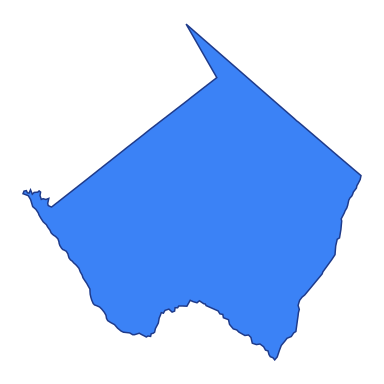 Aldeias Altas, Maranhão, Brazil
{"feature_id": "56859067B78587835944607", "entity_name": "Aldeias Altas", "entity_type": "district", "adm_level": 2, "iso_a3": "BRA", "parent_name": "Brazil", "parent_adm1": "Maranhão", "projection": "equal_earth", "projection_center": [-43.461, -4.47], "detail": "fine", "context": "isolated", "style": "filled", "palette": "blue", "viewbox_px": 384, "rotation_deg": 0, "n_neighbors": 0, "source": "geoboundaries", "source_scale": "gbopen_adm2", "svg_char_len": 2407}
<svg xmlns="http://www.w3.org/2000/svg" viewBox="0 0 384 384"><path d="M186.1,24.1L216.8,77.6L191.8,97.0L187.2,100.7L150.1,129.3L142.0,135.8L127.0,147.5L121.0,152.3L98.6,170.0L86.4,179.7L51.6,207.0L49.9,206.4L48.2,205.5L47.7,203.4L48.8,198.4L45.9,199.5L43.1,198.7L41.3,199.4L40.0,195.5L40.6,192.1L39.1,190.9L37.7,192.2L34.2,192.4L32.3,194.2L30.5,189.8L29.0,193.1L27.4,192.8L26.4,190.6L24.0,191.1L23.0,193.7L25.7,194.7L28.3,195.7L30.6,199.6L32.7,206.6L35.9,209.4L38.2,212.8L39.1,215.2L41.2,218.8L43.2,221.8L44.8,223.3L46.4,224.7L47.6,226.9L48.6,228.3L50.0,230.2L51.1,232.8L52.6,234.4L54.2,235.6L55.5,236.4L57.9,238.8L58.9,241.6L59.2,243.6L59.9,245.6L61.6,248.3L62.9,249.6L64.4,250.2L66.3,251.3L67.9,253.9L68.4,255.9L69.0,257.9L70.5,259.9L72.3,261.2L73.7,262.9L75.7,264.6L77.1,266.1L79.0,268.4L80.3,271.9L82.1,275.0L83.0,277.8L84.9,280.7L86.7,283.3L88.5,286.6L89.9,289.0L90.0,291.4L90.2,294.3L90.9,297.4L91.7,300.0L93.2,303.5L94.5,304.9L96.7,305.7L99.6,307.0L102.0,309.4L104.3,312.3L106.0,315.3L106.5,318.4L107.7,320.6L110.6,322.5L114.5,324.6L117.6,328.2L121.0,331.0L123.4,332.2L126.1,332.5L129.7,332.9L132.7,334.7L134.5,334.7L139.3,333.2L141.3,334.4L144.5,336.0L146.3,337.0L148.0,336.0L150.6,336.4L151.2,333.7L153.1,333.3L154.6,332.2L155.4,328.6L158.3,323.1L159.2,318.0L160.3,315.5L161.3,312.6L163.4,313.2L165.0,310.4L168.9,309.1L172.1,312.1L174.6,311.1L175.1,307.7L177.6,307.8L178.8,306.0L182.8,306.0L186.9,306.2L190.2,300.3L193.0,301.6L197.0,302.8L199.4,300.8L203.7,303.7L205.3,304.0L206.1,305.6L218.1,310.9L219.9,313.9L222.8,314.4L223.4,317.7L228.5,319.7L229.5,324.3L230.5,325.6L233.3,328.9L236.7,329.9L238.9,332.1L244.9,335.5L248.5,335.0L250.9,337.4L252.3,343.2L256.4,344.6L260.0,344.0L263.6,346.7L265.5,350.1L268.0,350.9L269.0,354.6L270.3,356.7L272.9,357.7L274.7,359.9L277.2,357.0L279.4,350.4L281.3,345.4L284.9,341.1L287.0,338.3L291.3,336.5L293.7,332.9L295.9,331.5L297.6,319.0L298.0,316.3L298.4,312.8L299.3,309.4L298.1,305.4L298.9,302.6L299.7,300.2L302.1,297.1L304.7,295.0L322.1,274.0L322.9,271.8L331.7,259.7L335.0,254.7L335.7,246.0L337.2,239.3L339.5,237.9L340.9,229.5L341.7,221.0L341.2,218.9L344.2,213.1L345.1,210.8L346.8,208.0L347.7,205.2L348.8,200.1L350.0,197.9L351.6,196.3L352.5,194.6L353.4,192.0L356.4,188.1L356.9,185.6L358.0,183.8L360.2,179.5L361.0,175.6L338.3,156.3L309.4,131.5L298.4,122.1L296.6,120.8L294.6,118.9L260.8,89.4L186.1,24.1Z" fill="#3b82f6" stroke="#1e3a8a" stroke-width="1.5"/></svg>